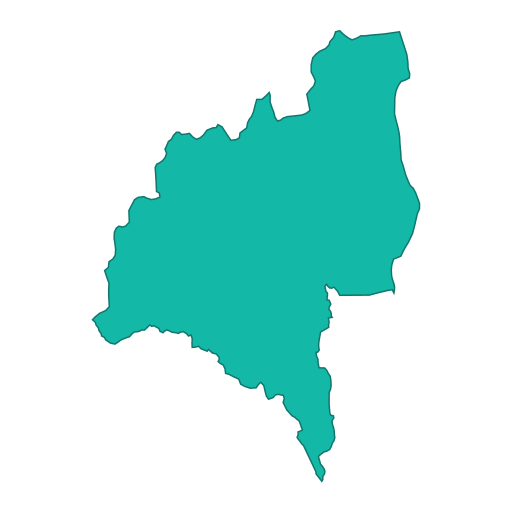 Kemaman, Terengganu, Malaysia
{"feature_id": "92858781B85628090125570", "entity_name": "Kemaman", "entity_type": "district", "adm_level": 2, "iso_a3": "MYS", "parent_name": "Malaysia", "parent_adm1": "Terengganu", "projection": "natural_earth1", "projection_center": [103.21, 4.239], "detail": "fine", "context": "isolated", "style": "filled", "palette": "teal", "viewbox_px": 512, "rotation_deg": 0, "n_neighbors": 0, "source": "geoboundaries", "source_scale": "gbopen_adm2", "svg_char_len": 4189}
<svg xmlns="http://www.w3.org/2000/svg" viewBox="0 0 512 512"><path d="M165.0,149.0L166.6,153.5L165.3,157.2L162.8,160.5L159.3,163.0L156.8,164.1L155.2,167.4L155.8,176.5L156.2,183.5L156.5,191.5L159.3,193.0L160.0,197.0L155.8,198.8L151.4,199.6L146.7,198.1L143.8,196.6L138.1,197.4L134.6,199.6L128.9,210.5L129.3,222.2L125.5,226.2L122.6,227.0L118.8,226.2L116.3,228.1L114.4,232.1L114.1,238.3L115.0,243.8L115.6,249.3L115.3,255.1L112.8,259.1L109.0,261.7L108.4,267.5L104.6,270.5L106.8,277.1L109.0,283.3L108.7,288.4L108.7,295.3L109.3,306.7L105.7,310.5L102.8,311.9L99.6,313.3L95.1,317.0L92.5,319.8L95.3,322.2L96.1,325.0L98.4,328.0L99.0,330.6L101.2,333.8L101.6,336.0L104.5,337.4L105.7,339.9L110.3,343.0L112.3,343.5L115.0,344.1L118.8,341.6L120.5,340.2L123.1,339.0L126.1,337.8L129.6,336.7L131.2,334.8L133.2,332.7L135.4,331.7L137.9,331.7L139.9,331.0L141.9,329.9L144.4,330.1L146.0,328.7L147.6,327.1L149.6,325.0L151.9,326.4L153.9,325.7L158.9,328.5L160.0,331.3L163.0,332.7L164.4,331.3L166.8,329.9L169.7,331.0L171.9,332.2L175.6,332.7L178.6,333.4L180.2,332.2L183.5,331.7L186.7,333.8L188.5,336.0L191.0,335.0L192.2,338.5L192.0,343.7L192.2,347.4L195.0,347.2L198.7,346.3L201.1,348.8L207.2,351.2L208.6,349.3L210.0,350.9L212.4,353.0L216.3,354.0L219.1,357.2L219.1,359.8L218.1,361.5L220.1,363.3L223.2,365.0L225.0,368.7L225.6,373.4L229.0,374.3L233.1,376.5L238.8,379.1L240.7,384.2L244.8,386.4L250.2,388.2L256.2,387.8L258.4,384.5L260.9,382.3L263.8,385.6L265.0,390.8L266.3,395.9L268.5,399.2L273.0,397.7L275.5,394.8L278.7,394.4L283.4,395.5L284.3,398.4L283.1,402.5L286.9,410.1L289.8,413.2L292.0,415.8L294.7,417.2L296.1,418.6L299.1,420.9L300.2,423.7L302.4,430.0L299.5,431.4L298.1,431.9L298.1,434.9L297.1,437.3L297.9,438.7L299.7,441.0L301.8,443.8L303.6,445.7L316.0,471.9L316.0,473.8L321.8,481.3L322.8,479.6L322.8,476.6L324.5,473.8L324.9,471.0L323.9,468.6L322.4,466.3L320.6,464.2L318.4,456.5L320.4,454.6L323.9,452.0L327.3,450.9L329.7,449.5L331.2,446.6L332.4,443.1L334.0,440.6L334.8,437.7L334.4,434.5L334.2,431.0L333.6,427.9L332.4,424.2L332.0,420.9L333.8,417.9L333.4,415.8L330.9,415.3L329.9,413.4L329.5,409.2L329.1,404.3L329.1,401.2L329.1,394.7L329.3,392.1L330.5,389.3L331.1,385.6L330.9,381.1L330.3,376.4L328.3,373.4L326.9,370.6L324.7,368.0L319.0,367.8L318.0,362.2L318.0,359.4L316.6,356.3L316.0,352.3L317.8,352.1L319.2,350.2L318.6,346.0L318.8,342.3L319.6,337.4L320.6,332.0L328.7,327.3L328.6,324.3L329.1,322.2L328.4,317.9L332.2,317.4L331.3,315.9L331.2,313.5L330.4,311.1L328.9,309.3L329.1,307.2L330.1,305.6L330.8,304.1L329.2,300.3L327.0,299.9L327.1,297.9L327.5,295.1L327.4,292.9L326.0,291.4L325.4,288.7L324.9,286.3L326.6,284.3L327.9,286.3L329.6,287.9L331.8,288.2L333.5,287.3L334.5,287.6L335.9,289.4L337.5,291.1L339.7,295.3L369.3,295.1L376.4,293.2L387.0,290.6L392.2,289.7L393.9,293.0L394.4,290.2L394.6,286.9L393.9,283.7L392.7,280.3L391.6,275.9L391.3,270.1L391.7,265.4L393.5,259.1L398.0,257.3L400.8,256.2L403.4,250.7L405.9,246.3L408.4,242.3L410.6,237.6L412.5,233.6L414.1,227.7L415.4,222.2L417.3,213.8L419.5,208.7L419.5,203.2L415.7,193.0L413.2,188.2L410.3,185.7L408.4,181.6L405.6,174.7L403.4,166.7L401.1,159.7L400.8,153.5L399.9,143.3L399.6,136.7L398.9,131.9L397.7,126.5L396.1,120.6L394.5,113.7L394.8,97.6L396.1,90.6L398.3,85.5L401.1,81.5L405.2,80.1L409.4,77.9L409.7,73.8L408.1,68.4L407.8,61.4L406.8,54.5L399.5,31.8L384.0,34.0L371.1,35.1L365.0,35.8L360.9,35.8L357.1,38.0L352.1,39.9L348.3,38.0L343.5,34.4L339.7,30.7L335.6,31.8L333.7,37.3L329.9,41.7L329.0,45.0L325.5,48.6L319.8,51.2L316.0,54.1L312.8,57.8L311.2,64.7L311.2,72.0L313.8,77.1L315.4,81.1L313.8,85.9L310.3,89.6L306.8,94.3L308.1,100.5L309.3,107.1L310.0,110.4L305.6,113.7L301.4,115.1L294.5,115.9L287.5,116.6L283.1,118.1L280.5,120.2L277.4,121.0L274.9,117.0L273.6,111.8L272.0,107.8L270.1,102.0L270.1,95.0L269.2,92.5L266.0,95.8L261.9,99.4L256.8,99.4L255.2,104.9L253.6,111.5L251.7,116.2L249.2,119.5L247.6,122.8L246.7,127.9L243.2,130.5L240.0,133.0L239.4,137.8L236.2,139.6L230.9,140.3L226.7,134.1L222.0,126.8L217.9,124.6L216.3,127.6L212.8,127.9L207.1,130.1L203.3,135.2L200.2,137.8L196.4,139.3L192.9,137.1L189.4,133.4L185.9,134.1L181.5,134.5L179.3,132.3L176.4,132.3L173.6,135.2L171.4,139.3L168.5,141.4L165.3,148.8L165.0,149.0Z" fill="#14b8a6" stroke="#0f766e" stroke-width="1.5"/></svg>